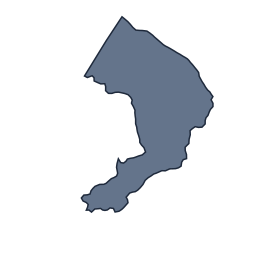 outline of Rio Novo do Sul, Espírito Santo, Brazil, rotated 213°
{"feature_id": "56859067B31153561373586", "entity_name": "Rio Novo do Sul", "entity_type": "district", "adm_level": 2, "iso_a3": "BRA", "parent_name": "Brazil", "parent_adm1": "Espírito Santo", "projection": "mercator", "projection_center": [-40.93, -20.784], "detail": "fine", "context": "isolated", "style": "filled", "palette": "slate", "viewbox_px": 256, "rotation_deg": 213, "n_neighbors": 0, "source": "geoboundaries", "source_scale": "gbopen_adm2", "svg_char_len": 2105}
<svg xmlns="http://www.w3.org/2000/svg" viewBox="0 0 256 256"><g transform="rotate(213 128 128)"><path d="M112.8,37.6L111.7,42.0L109.0,44.1L107.2,45.6L104.7,45.4L102.5,46.3L100.7,48.0L99.5,51.2L96.4,52.6L93.1,50.5L90.2,53.3L88.9,56.3L88.3,58.7L87.9,61.2L87.3,65.3L89.4,67.6L91.9,69.0L91.5,71.5L91.2,74.3L89.3,76.7L87.2,78.6L86.0,81.2L85.2,84.7L84.7,88.8L85.1,93.5L84.0,97.4L82.5,100.5L81.4,103.4L79.8,105.4L78.2,107.8L76.4,110.6L73.3,112.5L70.7,116.5L68.1,118.3L65.9,119.9L64.0,122.1L62.7,124.9L64.4,128.6L64.4,131.6L62.2,134.2L64.5,137.6L67.7,140.2L69.6,143.0L69.1,145.6L68.5,148.1L70.6,151.8L72.1,156.2L74.5,159.6L73.7,162.4L72.4,165.7L69.2,166.9L66.4,169.0L65.5,173.4L67.4,176.4L68.2,179.2L67.8,182.1L68.6,185.6L69.0,188.5L68.4,192.2L70.2,195.0L73.7,196.9L73.9,200.6L76.3,201.5L79.0,202.8L81.9,203.2L85.3,204.5L88.2,206.0L91.3,207.3L96.4,210.1L99.0,213.0L102.1,214.2L104.7,215.0L108.3,216.2L111.4,217.0L113.6,217.8L115.8,218.3L118.2,218.3L121.4,218.1L124.3,218.1L128.3,217.8L131.1,217.8L133.3,217.7L135.9,217.6L138.7,217.4L141.3,217.1L143.9,217.1L146.5,217.5L150.2,218.0L155.4,218.7L157.7,219.2L161.1,219.5L164.9,219.6L169.0,217.6L171.5,216.1L174.7,214.4L178.8,215.0L182.2,216.1L186.1,217.1L190.7,217.7L193.6,218.0L193.8,189.5L192.8,147.9L189.6,148.2L186.5,152.3L183.9,151.7L182.0,149.0L178.1,149.6L174.8,150.2L171.6,152.5L169.3,150.6L167.1,147.1L163.3,146.4L160.4,148.2L158.3,150.8L155.5,152.9L152.4,154.1L149.4,155.2L146.0,156.0L142.5,155.2L139.7,153.7L138.6,150.7L135.0,148.8L131.8,146.7L130.6,144.6L128.7,142.2L126.5,139.7L123.9,135.7L121.2,133.5L119.5,131.5L117.8,129.7L115.0,127.5L112.1,125.0L110.2,122.3L107.4,121.1L103.9,120.2L100.2,117.4L101.4,113.2L103.8,110.4L105.4,108.2L107.1,106.0L109.7,103.7L111.6,101.6L111.6,99.0L112.6,96.2L115.3,95.0L119.3,96.9L117.8,92.2L116.2,88.8L114.0,86.5L112.0,84.4L111.4,81.5L112.7,78.9L114.4,76.4L115.5,72.5L116.2,69.7L117.6,67.6L121.0,65.3L123.9,61.1L124.5,58.3L124.8,55.2L123.9,52.0L125.7,49.8L128.5,47.7L129.0,43.9L125.9,42.3L122.4,42.8L119.8,42.2L118.8,39.6L118.2,36.4L116.1,37.9L112.8,37.6Z" fill="#64748b" stroke="#1e293b" stroke-width="1.5"/></g></svg>